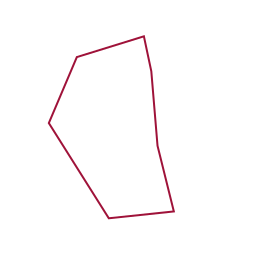 outline of City of Freeport, rotated 293°
{"feature_id": "BHS-5010", "entity_name": "City of Freeport", "entity_type": "District", "adm_level": 1, "iso_a3": "BHS", "parent_name": "The Bahamas", "parent_adm1": "", "projection": "robinson", "projection_center": [-78.623, 26.526], "detail": "fine", "context": "isolated", "style": "outline", "palette": "rose", "viewbox_px": 256, "rotation_deg": 293, "n_neighbors": 0, "source": "natural_earth", "source_scale": "10m", "svg_char_len": 258}
<svg xmlns="http://www.w3.org/2000/svg" viewBox="0 0 256 256"><g transform="rotate(293 128 128)"><path d="M218.6,106.8L189.3,127.3L123.2,162.1L69.1,202.8L37.4,145.6L101.6,53.2L173.3,53.2L218.6,106.8Z" fill="none" stroke="#9f1239" stroke-width="2"/></g></svg>